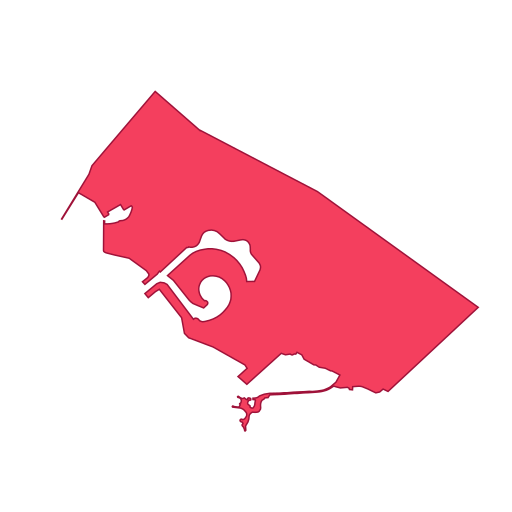 69, Al Daayen, Qatar, rotated 137°
{"feature_id": "91078587B70962484835494", "entity_name": "69", "entity_type": "district", "adm_level": 2, "iso_a3": "QAT", "parent_name": "Qatar", "parent_adm1": "Al Daayen", "projection": "robinson", "projection_center": [51.528, 25.422], "detail": "fine", "context": "isolated", "style": "filled", "palette": "rose", "viewbox_px": 512, "rotation_deg": 137, "n_neighbors": 0, "source": "geoboundaries", "source_scale": "gbopen_adm2", "svg_char_len": 5123}
<svg xmlns="http://www.w3.org/2000/svg" viewBox="0 0 512 512"><g transform="rotate(137 256 256)"><path d="M219.4,444.9L293.1,436.4L314.4,433.9L322.4,429.7L372.9,415.7L372.8,415.3L342.7,423.4L337.2,405.2L340.6,388.4L340.4,387.7L336.1,386.8L335.7,386.7L335.0,387.1L334.6,389.4L331.0,388.6L320.0,386.0L321.2,380.3L321.0,379.6L313.2,377.9L312.9,377.6L312.9,376.9L313.3,375.9L314.8,374.8L317.3,373.4L320.3,372.1L322.4,371.4L324.1,371.4L325.6,371.5L327.5,372.0L329.2,372.8L331.1,374.3L331.9,374.8L332.5,374.9L333.2,374.7L336.8,376.5L338.8,377.8L340.8,379.2L343.0,381.0L344.7,382.6L344.6,383.1L342.8,384.8L343.4,385.6L363.7,364.1L364.2,363.2L364.1,362.2L363.5,360.6L358.7,353.1L350.3,340.9L346.2,320.1L346.7,315.8L347.7,314.8L349.8,314.1L356.6,314.6L356.6,311.0L340.6,310.1L337.0,310.8L336.9,309.6L300.9,309.5L300.1,308.7L299.5,308.5L299.1,308.6L297.9,307.0L296.4,305.7L294.7,304.8L293.0,304.2L291.3,304.1L289.7,304.3L288.1,304.7L284.5,306.6L281.9,307.9L279.9,308.5L277.8,308.7L275.5,308.2L273.3,307.2L272.7,306.7L270.9,305.4L269.0,302.9L267.8,300.2L267.4,296.9L267.1,290.9L267.1,289.5L266.6,287.8L265.9,286.2L264.9,284.6L263.8,283.3L262.2,281.9L256.2,278.2L254.4,276.9L253.4,275.6L252.6,274.2L252.2,272.6L252.2,270.9L252.5,269.6L252.9,268.2L253.6,267.1L255.1,265.3L256.8,263.5L257.6,262.1L258.1,260.6L258.2,258.7L258.5,248.7L258.9,247.2L259.4,245.9L260.2,244.8L261.3,243.9L262.5,243.1L274.4,238.4L280.2,243.7L278.3,246.2L276.8,249.1L275.3,253.0L274.1,256.9L273.4,261.0L273.1,265.7L273.3,269.7L273.4,270.3L274.3,275.1L275.9,280.2L277.8,284.0L280.4,287.9L283.2,291.3L286.5,294.3L287.0,294.6L289.5,296.3L292.8,298.4L296.6,300.1L300.3,301.2L303.8,301.6L332.2,302.0L334.1,302.0L333.0,294.6L335.0,269.1L334.9,266.8L334.5,264.3L332.3,259.3L329.7,253.7L325.6,253.7L324.8,253.7L323.9,254.0L323.2,254.6L322.8,255.3L322.8,256.4L323.1,257.6L324.1,258.3L324.3,260.2L324.3,262.1L323.9,264.1L323.4,266.0L322.6,267.7L321.5,269.5L320.3,271.0L318.6,272.5L316.7,273.6L314.3,274.6L312.1,275.0L309.6,275.0L307.5,274.6L305.3,273.8L304.7,273.5L303.1,272.7L301.6,271.4L301.0,270.9L298.9,268.4L297.1,265.4L296.9,264.6L296.2,262.4L296.0,260.6L295.8,259.5L295.8,256.5L296.2,254.0L296.9,251.2L298.1,248.4L299.5,246.0L301.5,243.7L302.9,242.4L304.0,241.4L306.4,240.0L309.0,238.8L312.0,238.0L315.9,237.5L319.1,237.3L322.4,237.4L326.2,238.0L330.1,239.1L333.9,240.7L337.9,242.9L339.9,244.3L340.9,245.9L341.3,247.0L341.3,248.1L341.3,249.6L341.8,250.8L342.5,251.7L343.5,252.3L344.9,252.4L340.4,295.8L341.5,299.0L344.0,302.1L347.5,303.4L362.9,304.3L363.2,299.0L353.8,298.5L349.4,297.6L352.5,261.6L361.1,248.2L361.0,242.1L351.7,223.3L349.5,218.9L338.4,183.9L339.1,179.9L351.4,180.1L350.2,168.4L303.9,167.6L301.8,163.6L297.9,161.0L297.5,159.6L296.8,158.8L294.8,158.2L293.8,157.1L291.7,157.6L289.9,152.5L291.2,147.7L287.9,136.9L286.6,135.6L285.6,131.5L281.9,126.7L279.8,121.2L278.8,120.1L275.8,111.7L283.6,109.2L290.5,109.5L292.1,109.8L294.6,110.6L297.8,111.8L299.6,112.9L303.1,115.3L307.1,118.4L308.2,119.5L309.2,120.6L313.3,123.9L316.8,126.9L321.4,130.8L326.8,135.0L328.8,136.9L332.0,139.4L339.7,146.3L344.2,149.3L346.3,150.2L348.7,151.2L351.2,151.5L352.2,151.9L353.5,152.7L355.2,154.1L356.1,153.1L354.7,151.4L354.8,150.9L356.8,149.4L358.2,148.2L359.7,147.3L361.8,146.9L362.5,147.3L363.0,148.1L363.3,148.8L363.4,149.4L363.1,149.9L362.6,150.3L362.8,152.0L363.0,152.8L362.8,153.5L362.5,154.1L362.0,154.5L361.1,155.0L360.4,155.1L359.6,155.2L359.1,155.0L358.7,154.6L358.1,154.3L357.5,154.7L357.1,155.5L357.6,156.6L358.3,157.4L359.2,157.6L359.9,156.8L360.1,156.7L360.5,156.9L361.0,157.9L361.3,160.2L362.9,160.8L363.3,161.2L363.6,161.8L364.3,163.7L364.4,164.7L364.7,165.6L365.4,165.7L365.6,165.4L365.7,165.0L365.2,164.2L364.8,163.4L364.5,162.3L364.6,161.8L365.3,160.3L366.3,159.5L367.4,158.9L368.1,159.1L368.5,159.2L368.9,159.0L368.9,158.4L369.0,157.9L371.4,157.1L372.6,158.3L373.6,159.5L374.7,160.9L375.2,162.1L375.5,162.2L376.0,162.1L376.1,161.9L376.2,161.5L371.0,155.3L370.2,153.5L369.8,152.1L369.8,149.9L369.9,148.2L370.4,146.9L372.0,145.4L374.0,144.9L375.1,144.7L376.1,144.8L377.2,145.3L377.7,146.4L378.2,146.9L379.5,146.9L380.1,146.3L380.1,145.1L379.3,143.6L379.9,142.2L380.8,142.2L381.4,142.0L381.8,141.3L381.9,139.3L382.8,136.9L383.5,135.9L383.2,135.4L382.3,135.5L380.9,137.2L379.9,138.4L379.3,138.9L378.5,139.1L375.1,140.1L372.5,141.6L370.1,143.7L368.9,144.4L367.5,144.5L366.4,144.5L365.2,144.3L363.3,142.3L362.1,141.3L361.5,140.9L360.6,140.4L359.5,140.3L358.5,140.6L357.2,140.9L356.1,141.8L354.8,143.4L353.4,144.8L351.6,145.9L350.0,146.4L348.5,146.1L347.8,145.9L346.4,146.2L345.1,145.3L343.8,144.2L340.7,145.0L338.1,142.9L334.2,139.5L329.0,135.1L325.9,132.7L321.8,129.4L319.5,127.3L315.4,124.1L313.0,122.1L311.3,120.6L308.5,118.3L306.4,116.6L302.6,113.6L300.4,112.1L298.4,111.0L296.3,109.9L293.8,109.0L291.7,108.5L288.3,107.9L287.7,107.5L286.6,105.6L284.3,102.0L281.5,99.8L278.7,97.6L278.1,95.8L278.7,94.6L276.7,92.3L274.4,94.5L269.9,90.9L268.5,89.5L267.5,88.1L264.9,82.5L263.3,78.2L261.7,74.2L258.3,72.2L253.8,72.0L251.8,66.9L128.5,66.9L167.1,261.1L211.1,386.0L211.4,385.9L217.5,445.1L219.4,444.9Z" fill="#f43f5e" stroke="#9f1239" stroke-width="1.5"/></g></svg>